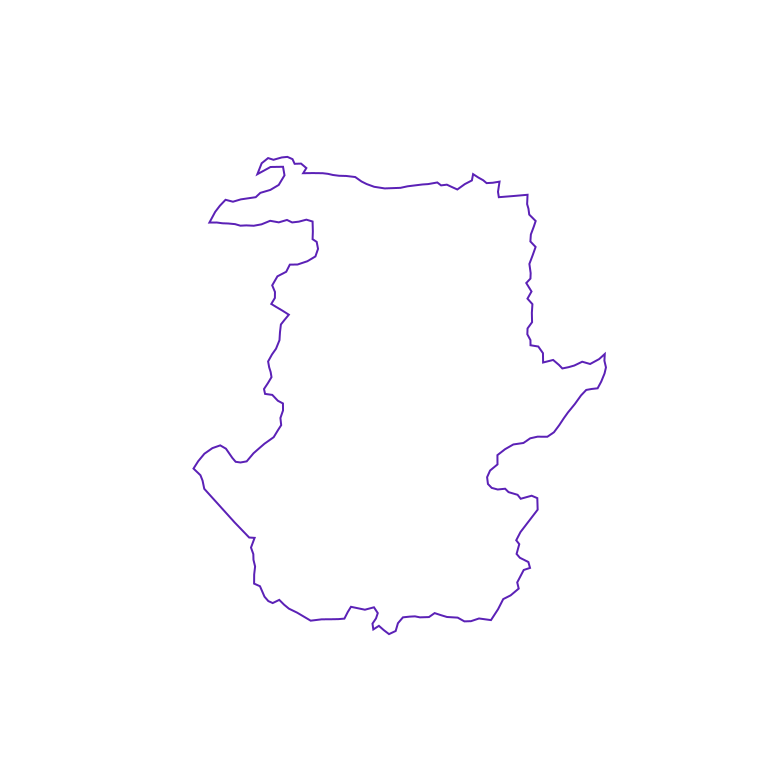 outline of Barra do Chapéu, São Paulo, Brazil, rotated 45°
{"feature_id": "56859067B85491163367944", "entity_name": "Barra do Chapéu", "entity_type": "district", "adm_level": 2, "iso_a3": "BRA", "parent_name": "Brazil", "parent_adm1": "São Paulo", "projection": "equal_earth", "projection_center": [-49.1, -24.442], "detail": "fine", "context": "isolated", "style": "outline", "palette": "violet", "viewbox_px": 768, "rotation_deg": 45, "n_neighbors": 0, "source": "geoboundaries", "source_scale": "gbopen_adm2", "svg_char_len": 3225}
<svg xmlns="http://www.w3.org/2000/svg" viewBox="0 0 768 768"><g transform="rotate(45 384 384)"><path d="M351.7,148.7L342.9,159.2L333.1,170.7L328.7,167.5L322.6,159.2L318.6,164.8L314.5,169.4L310.0,169.8L304.7,171.3L298.6,172.6L302.2,177.9L299.8,185.5L298.3,194.6L292.2,196.9L287.5,198.6L283.9,203.2L279.2,203.8L273.8,211.5L270.2,215.6L260.9,227.5L256.9,233.7L246.2,245.2L237.6,251.5L230.3,254.9L224.9,256.7L217.3,258.0L210.2,263.6L205.0,268.5L200.1,272.3L195.8,275.0L191.6,278.3L184.5,285.2L177.8,292.1L176.4,286.2L169.5,286.8L165.1,291.5L160.3,289.7L155.1,291.7L151.5,296.1L147.3,303.6L142.3,306.2L141.4,314.4L146.1,325.2L150.3,310.8L159.0,301.8L166.1,306.8L168.8,317.7L166.4,327.1L161.4,336.3L161.2,342.6L152.2,354.7L148.3,361.9L141.7,365.8L141.9,374.0L142.9,381.6L146.4,393.3L151.5,388.1L156.1,384.6L160.3,380.7L165.6,376.3L170.5,373.6L174.5,369.2L180.0,364.2L184.5,357.7L188.1,349.1L195.3,344.1L199.4,336.6L204.8,334.7L209.0,329.4L212.9,322.7L218.6,319.6L225.9,326.5L231.1,332.1L235.9,331.1L241.8,335.1L245.3,342.3L243.0,351.4L238.4,360.6L233.0,366.2L235.5,373.8L232.5,383.2L235.2,393.3L241.8,396.0L246.0,400.3L247.7,407.1L253.1,405.8L260.5,403.9L267.7,402.3L268.3,408.8L269.0,414.8L273.8,420.9L279.1,426.9L282.7,435.4L283.9,442.3L286.1,450.0L291.0,453.4L295.4,455.7L299.6,458.7L301.3,465.5L302.7,472.4L306.9,475.1L312.7,470.7L320.8,470.9L326.3,469.2L331.3,474.1L334.8,481.3L340.4,485.8L341.7,491.8L343.6,499.6L341.7,510.8L341.2,517.6L340.7,525.2L341.6,535.8L338.0,541.0L334.1,543.9L329.0,543.5L318.0,541.5L311.6,543.2L308.0,550.7L306.3,560.3L307.2,569.9L309.1,578.5L318.7,578.3L324.0,580.6L331.0,585.2L376.3,587.5L397.2,587.9L401.3,584.3L405.6,593.7L411.9,596.7L416.0,600.6L421.9,604.2L426.9,610.5L433.3,617.0L439.3,614.7L449.9,618.9L455.7,619.3L460.2,617.6L462.6,610.7L469.4,610.7L475.6,610.1L484.3,607.1L499.5,603.2L506.4,594.4L513.0,587.7L518.0,582.5L521.9,577.9L519.6,570.8L518.2,564.9L530.1,557.1L534.8,549.0L541.6,550.4L544.1,555.4L545.3,561.6L550.0,565.1L551.4,558.6L557.8,558.2L564.4,557.3L566.9,550.4L563.0,543.3L562.4,535.6L566.6,530.4L570.2,526.4L574.4,523.6L580.6,517.0L581.8,510.2L587.9,507.1L593.3,504.2L601.3,497.1L608.7,495.0L613.2,490.2L617.0,482.6L626.6,475.3L623.9,462.6L620.4,451.8L623.0,443.9L623.9,433.4L618.5,430.1L614.3,416.7L617.3,410.8L612.0,407.8L602.9,410.8L597.9,410.4L592.9,401.6L588.0,401.0L585.2,392.2L582.8,374.0L581.5,364.2L573.1,356.3L567.4,358.6L561.8,368.5L556.8,367.9L548.5,372.4L543.7,372.4L539.0,378.2L533.6,381.3L528.2,381.2L522.8,377.0L520.2,370.2L521.1,360.6L514.5,354.1L515.7,344.5L518.2,335.3L524.3,327.1L525.8,319.0L529.8,312.7L536.8,305.8L538.3,298.0L537.0,289.1L535.4,281.3L534.2,274.1L533.1,263.2L531.4,252.8L531.2,245.2L534.4,240.6L538.1,236.0L535.9,228.7L532.5,220.6L529.2,215.3L523.4,211.7L518.9,206.7L518.5,214.3L515.6,224.1L508.4,228.1L505.5,236.4L502.6,241.6L499.1,246.9L494.2,246.8L486.6,247.4L481.3,256.3L474.6,249.8L466.6,248.4L460.2,253.0L456.5,249.4L450.2,247.5L446.2,243.2L445.0,235.6L438.2,229.1L432.5,222.6L425.1,222.2L422.9,214.3L413.2,212.0L413.0,205.9L409.3,201.9L401.9,196.3L398.2,188.1L394.3,179.9L386.7,179.7L382.1,174.4L378.6,166.7L376.0,161.5L366.9,161.5L362.2,157.9L358.0,155.6L351.7,148.7Z" fill="none" stroke="#5b21b6" stroke-width="2"/></g></svg>